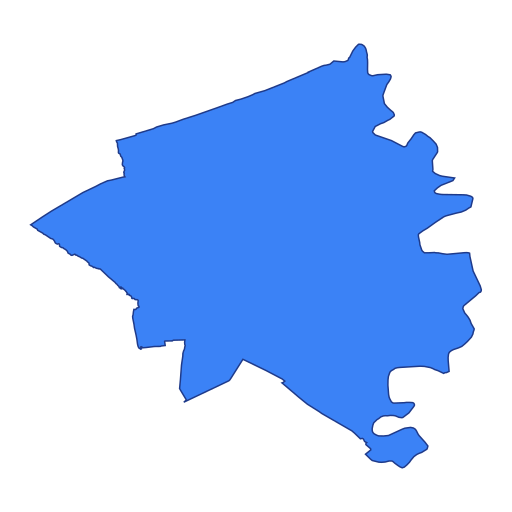 Vetrisoaia, Vaslui, Romania (Robinson projection)
{"feature_id": "2599482B68362790153734", "entity_name": "Vetrisoaia", "entity_type": "district", "adm_level": 2, "iso_a3": "ROU", "parent_name": "Romania", "parent_adm1": "Vaslui", "projection": "robinson", "projection_center": [28.193, 46.447], "detail": "fine", "context": "isolated", "style": "filled", "palette": "blue", "viewbox_px": 512, "rotation_deg": 0, "n_neighbors": 0, "source": "geoboundaries", "source_scale": "gbopen_adm2", "svg_char_len": 6020}
<svg xmlns="http://www.w3.org/2000/svg" viewBox="0 0 512 512"><path d="M365.5,454.2L370.6,459.2L372.2,460.5L378.6,462.1L381.3,462.3L385.2,462.0L389.1,461.0L391.8,461.0L392.9,461.5L394.8,463.2L397.8,465.4L399.9,466.8L402.2,467.8L404.3,467.1L406.9,464.9L409.5,462.2L410.9,460.2L413.9,456.6L416.9,454.4L419.2,453.3L421.7,452.4L426.9,449.2L427.4,448.0L427.9,446.0L425.0,442.2L419.0,435.5L418.0,434.0L416.5,431.0L415.6,429.6L415.0,429.0L413.4,428.0L410.6,427.4L404.8,428.2L402.2,429.2L388.5,435.5L386.5,435.7L383.5,436.0L378.6,435.9L376.7,435.2L374.1,433.8L372.9,432.5L372.4,431.3L372.2,430.0L372.2,428.5L372.9,425.0L373.8,422.7L377.0,419.6L378.6,418.7L380.8,416.9L383.5,415.9L385.5,415.7L387.4,415.8L390.3,415.4L393.3,415.5L395.3,415.8L398.9,417.3L401.8,417.7L402.8,417.5L408.9,412.9L414.0,406.2L414.5,405.0L414.1,403.7L413.5,403.0L412.5,402.6L409.4,402.4L406.4,402.4L404.4,402.7L394.2,403.1L393.1,403.0L391.4,401.9L389.7,398.7L389.1,397.1L388.6,394.5L387.9,385.1L388.0,379.8L388.4,376.4L389.9,372.2L391.3,370.7L393.6,369.4L395.1,368.3L397.4,367.7L400.3,367.4L420.1,366.2L424.4,366.4L430.5,367.6L433.6,368.9L434.3,369.4L438.1,370.7L443.7,373.4L444.8,372.7L446.4,372.6L449.1,371.4L448.2,360.8L448.1,357.5L448.5,354.1L448.9,353.1L449.5,352.1L451.4,350.6L453.6,349.5L458.4,347.9L461.8,346.4L464.7,344.0L467.4,341.5L471.4,337.1L472.9,334.0L473.3,331.9L473.9,330.3L474.2,328.9L471.1,323.4L470.0,320.2L468.2,317.2L466.0,314.4L465.2,313.6L464.6,312.7L462.8,308.6L463.3,306.5L463.9,305.6L475.6,295.9L479.0,292.6L480.5,292.1L481.2,290.9L481.3,289.7L480.2,285.9L473.1,271.0L469.9,256.4L469.6,253.2L468.9,252.9L466.8,252.6L464.4,252.7L447.0,254.3L442.5,253.7L438.4,252.9L435.7,252.8L434.5,252.5L428.9,252.8L424.4,252.8L422.5,251.2L421.8,250.2L419.9,244.7L419.7,242.5L418.5,237.0L418.3,234.8L418.8,233.8L422.9,230.8L427.3,228.2L435.2,222.5L443.6,216.9L445.6,216.0L448.0,215.3L456.3,213.1L461.3,212.0L465.8,210.1L468.7,208.1L470.9,206.9L472.9,198.6L472.6,197.5L471.8,196.8L470.7,196.2L466.5,195.0L462.9,194.8L442.1,194.5L439.5,194.2L436.6,193.6L435.4,193.1L434.6,192.2L434.3,190.8L437.5,187.8L441.1,185.3L452.9,180.6L454.6,178.0L442.2,176.2L439.5,175.5L435.2,173.5L432.6,171.3L432.9,169.3L432.3,160.5L432.7,159.5L437.1,152.8L437.6,151.8L437.5,147.5L436.1,144.1L433.2,140.9L430.0,137.7L427.9,136.4L425.6,134.5L421.8,132.3L420.5,131.9L419.2,132.0L415.5,132.9L413.8,134.8L411.2,138.7L407.8,143.0L406.7,145.6L405.9,146.3L404.1,146.9L402.6,146.4L391.5,140.6L375.3,135.0L372.8,132.5L372.6,131.4L375.2,126.5L380.6,123.7L383.8,122.6L388.0,120.2L389.8,119.4L394.2,115.9L394.3,114.8L393.4,112.7L392.6,111.8L390.7,110.3L387.3,107.2L384.4,103.6L382.9,96.1L383.0,95.0L384.1,91.9L386.8,84.6L388.8,81.8L390.5,78.9L391.1,76.7L390.8,75.7L390.2,74.8L386.4,74.2L377.6,74.7L372.7,75.8L371.4,75.6L369.0,74.6L368.2,73.8L367.7,72.8L367.5,69.5L367.6,62.9L367.5,59.7L367.1,57.3L367.3,55.4L367.2,54.4L366.5,51.8L366.2,50.1L365.6,48.3L364.3,46.2L362.5,44.9L361.5,44.4L359.4,44.2L358.5,44.3L355.6,47.2L352.8,51.0L349.7,57.3L348.7,58.1L348.3,59.7L347.7,60.5L345.1,61.6L343.1,61.9L333.8,61.0L330.0,64.2L326.0,65.2L324.1,65.4L321.7,66.2L308.3,72.1L308.5,72.4L286.7,81.6L284.4,82.9L264.7,90.7L254.8,93.5L252.9,94.6L248.0,96.7L241.0,99.1L235.5,100.5L232.7,102.4L227.2,104.1L217.0,107.8L195.7,115.3L183.4,119.2L175.6,122.1L172.0,123.2L163.6,124.9L156.6,127.0L153.4,128.7L136.1,133.9L136.2,134.9L135.0,135.6L120.8,139.6L116.3,140.6L116.6,141.8L117.4,143.0L117.6,146.5L118.3,149.0L118.5,150.6L118.4,152.4L118.6,153.1L120.2,154.1L120.7,156.1L121.8,157.3L122.8,160.1L122.9,161.2L122.6,162.0L122.3,164.3L122.4,164.9L123.0,165.9L124.2,166.9L124.6,167.7L124.2,168.4L124.5,169.0L124.6,170.4L124.0,171.5L123.8,172.3L123.9,172.9L124.3,173.2L124.1,173.9L124.1,175.0L124.4,176.1L124.9,176.8L122.2,177.3L111.2,180.1L107.5,180.8L100.7,183.8L95.6,186.5L83.0,192.5L51.3,211.2L42.3,217.0L30.7,224.8L32.3,225.8L33.4,226.9L37.2,229.1L37.7,230.3L42.7,233.1L43.9,234.3L45.2,234.7L50.8,238.5L52.4,238.9L53.2,239.4L54.3,240.8L55.1,242.5L55.5,243.1L56.5,243.7L57.4,244.1L58.8,243.7L59.4,244.2L59.6,246.2L59.9,246.5L61.5,247.5L62.9,247.7L63.9,248.6L65.7,249.6L67.4,251.3L68.1,253.1L70.3,254.3L70.9,255.1L71.5,255.3L72.1,255.3L74.7,254.2L75.5,254.5L75.6,255.0L77.0,255.3L78.3,256.3L79.4,256.6L81.6,258.0L83.1,258.4L84.2,259.3L85.2,259.9L87.0,261.2L87.3,261.7L88.9,263.0L89.1,264.0L89.1,264.8L90.6,265.8L91.5,266.0L92.9,266.8L93.1,267.1L93.5,267.5L94.6,267.3L95.6,267.9L97.2,268.5L98.2,268.5L99.0,269.0L99.7,268.8L100.5,269.2L108.5,276.9L115.1,282.4L115.9,283.5L117.1,284.4L117.6,285.2L118.7,286.2L119.3,287.1L119.3,287.6L119.5,287.8L120.2,287.7L120.7,287.0L121.1,287.0L121.3,287.4L121.2,287.8L120.6,288.4L120.8,288.7L121.4,288.8L121.4,288.2L121.6,288.1L122.7,288.1L123.1,289.0L123.8,289.2L124.9,290.2L125.4,290.6L125.7,291.2L126.3,291.5L126.6,292.4L127.3,293.1L126.9,294.3L127.0,294.5L128.2,294.3L129.1,294.4L129.3,294.6L129.1,295.1L129.3,295.3L130.7,295.8L131.2,296.3L131.9,297.8L131.9,298.4L132.8,298.6L133.9,298.4L134.4,298.7L135.0,299.5L136.0,299.7L137.0,299.6L137.7,299.9L138.2,300.6L137.9,303.1L138.1,305.3L138.3,305.8L138.9,306.2L139.0,306.5L138.9,307.3L136.6,308.2L136.0,309.2L135.5,309.5L133.9,309.4L133.4,311.9L133.1,314.7L132.6,316.4L132.8,318.4L134.0,324.4L134.5,328.1L136.1,335.2L136.9,339.4L137.5,344.0L138.1,346.4L138.8,347.9L140.8,349.2L141.3,348.9L140.9,347.9L140.8,346.9L141.2,346.7L142.5,347.4L142.6,347.8L146.2,347.5L154.3,346.5L160.4,346.4L161.2,346.0L165.2,345.5L164.6,341.3L165.0,341.0L172.3,340.9L173.3,340.2L184.9,339.9L184.6,342.5L184.8,344.5L185.2,345.7L184.7,347.2L184.6,348.4L184.2,349.8L183.6,350.9L182.9,353.5L182.8,356.1L181.5,365.1L180.4,379.9L179.6,388.6L181.1,391.2L186.1,399.5L186.0,400.3L183.8,402.2L228.8,380.8L229.8,379.9L231.1,378.0L242.9,359.3L266.0,370.5L282.2,379.0L284.8,381.1L283.1,382.5L282.0,382.9L298.8,397.2L307.4,404.2L319.3,411.7L321.8,413.5L351.8,430.8L354.5,433.1L360.4,438.8L362.3,438.4L363.4,439.0L364.6,441.5L366.7,442.6L366.0,443.2L365.9,444.6L370.6,448.7L370.8,449.9L365.5,454.2Z" fill="#3b82f6" stroke="#1e3a8a" stroke-width="1.5"/></svg>